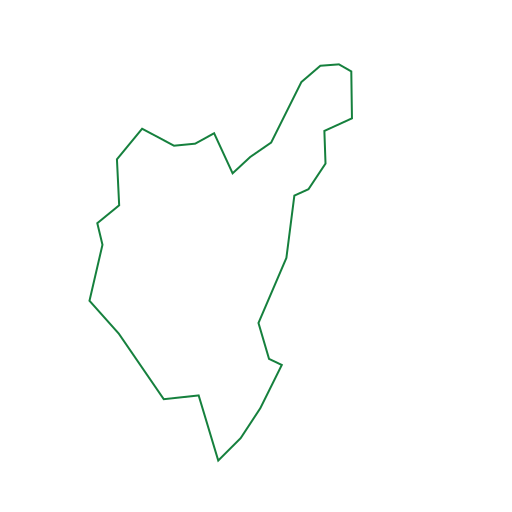 outline of Gjirokastër, Gjirokastër, Albania, rotated 243°
{"feature_id": "67620474B28188595050305", "entity_name": "Gjirokastër", "entity_type": "district", "adm_level": 2, "iso_a3": "ALB", "parent_name": "Albania", "parent_adm1": "Gjirokastër", "projection": "equal_earth", "projection_center": [20.246, 40.01], "detail": "fine", "context": "isolated", "style": "outline", "palette": "green", "viewbox_px": 512, "rotation_deg": 243, "n_neighbors": 0, "source": "geoboundaries", "source_scale": "gbopen_adm2", "svg_char_len": 546}
<svg xmlns="http://www.w3.org/2000/svg" viewBox="0 0 512 512"><g transform="rotate(243 256 256)"><path d="M249.1,98.5L170.3,108.8L157.8,141.6L90.9,129.5L100.7,159.7L118.4,190.7L147.2,229.5L158.4,220.9L195.2,227.8L240.5,282.2L292.4,317.6L291.7,333.1L306.8,359.9L336.4,373.7L335.1,404.0L377.2,424.7L389.1,416.9L396.3,399.7L390.4,375.4L350.2,321.0L346.9,296.0L340.3,272.7L384.4,274.4L383.7,252.8L391.5,233.0L421.1,212.3L405.3,176.0L363.3,157.1L357.3,129.5L335.7,124.3L291.7,87.3L249.1,98.5Z" fill="none" stroke="#15803d" stroke-width="2"/></g></svg>